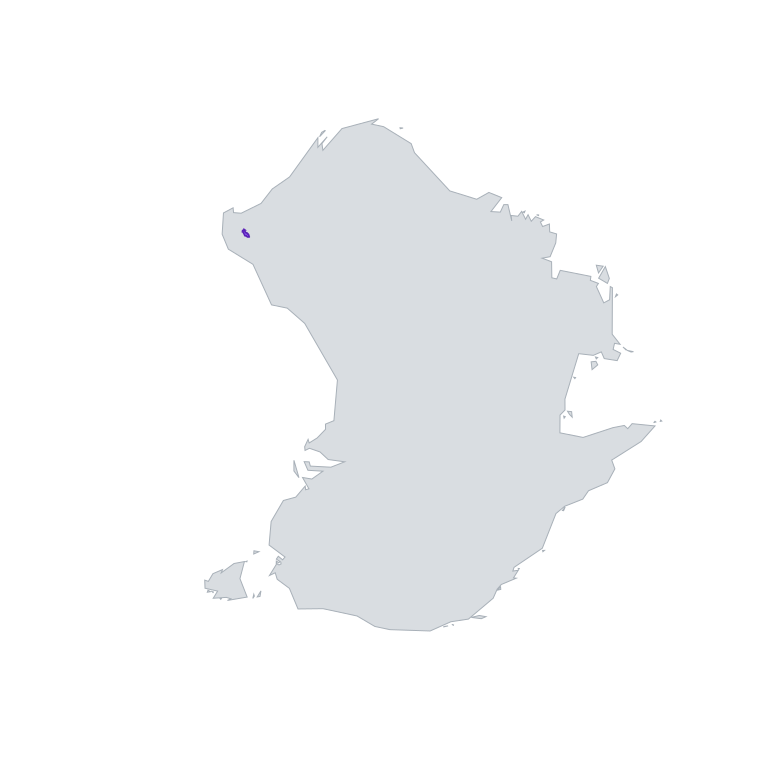 Woodanilling, Western Australia, Australia (highlighted), rotated 64°
{"feature_id": "25037944B81892326519969", "entity_name": "Woodanilling", "entity_type": "district", "adm_level": 2, "iso_a3": "AUS", "parent_name": "Australia", "parent_adm1": "Western Australia", "projection": "orthographic", "projection_center": [117.181, -33.52], "detail": "fine", "context": "in_parent", "style": "filled", "palette": "violet", "viewbox_px": 768, "rotation_deg": 64, "n_neighbors": 0, "source": "geoboundaries", "source_scale": "gbopen_adm2", "svg_char_len": 5198}
<svg xmlns="http://www.w3.org/2000/svg" viewBox="0 0 768 768"><g transform="rotate(64 384 384)"><path d="M548.4,178.1L552.2,212.7L561.5,213.7L570.6,226.4L569.6,247.0L574.6,255.8L573.1,275.1L575.8,286.2L601.0,313.7L605.8,347.5L608.6,350.2L610.3,345.0L615.0,352.6L616.5,350.3L615.6,366.4L618.0,372.2L624.4,379.8L632.3,411.2L627.0,428.1L626.2,450.8L607.3,486.5L597.9,498.5L580.7,509.9L559.2,537.3L548.5,559.9L526.2,558.6L512.7,565.6L506.0,564.5L505.9,570.9L498.6,559.3L500.6,557.7L500.6,555.4L498.8,554.8L494.2,557.5L492.5,554.5L497.6,552.2L496.1,548.8L478.4,557.9L458.1,545.7L444.6,525.5L447.0,512.9L441.2,499.6L444.7,500.8L445.3,497.4L432.3,498.2L437.8,490.5L435.6,477.1L428.2,490.2L418.8,489.8L421.2,485.4L425.5,486.2L435.5,468.2L436.7,453.4L427.4,467.3L417.0,471.3L409.1,479.2L409.1,484.1L405.6,482.8L400.5,476.5L404.2,477.1L403.2,467.7L399.1,456.4L394.4,454.2L395.0,445.1L360.0,424.1L294.8,428.7L273.4,437.7L263.6,450.4L219.0,449.3L194.6,464.8L178.4,463.8L159.9,453.3L159.5,442.4L164.0,444.1L167.9,437.5L167.8,415.4L159.7,398.9L156.5,378.1L133.6,335.4L142.3,339.7L136.9,326.7L140.7,334.4L147.2,336.5L136.0,309.8L143.2,272.6L145.0,281.2L152.6,271.5L179.9,254.2L189.5,255.2L239.3,240.2L258.6,219.7L257.8,205.8L268.1,196.5L275.9,212.3L280.5,204.1L275.3,197.7L277.1,194.0L293.4,197.7L288.3,195.8L291.9,190.1L289.2,184.6L298.0,184.5L295.0,180.3L302.3,180.3L300.0,174.5L306.6,168.6L306.9,172.4L312.0,172.4L312.7,165.2L319.9,168.4L324.8,163.1L332.5,167.8L342.4,178.9L340.2,186.8L347.6,179.8L362.1,186.6L365.3,182.7L359.1,175.8L378.0,150.9L381.3,153.1L387.6,147.2L389.5,150.4L407.4,150.9L407.2,144.3L395.6,137.9L397.6,136.5L439.3,157.1L451.8,154.4L448.5,159.0L453.4,162.9L460.1,157.8L465.2,164.2L457.7,174.9L450.4,174.6L450.0,183.3L442.1,195.7L476.9,228.0L486.7,232.7L489.1,239.4L505.0,247.3L519.3,228.5L523.6,197.4L526.6,186.2L531.0,184.5L528.4,178.4L540.5,158.8L548.4,178.1ZM482.4,587.3L495.8,598.8L515.5,600.4L509.9,619.6L509.9,615.8L506.7,619.2L501.7,631.4L497.2,624.3L489.1,634.4L481.7,631.1L484.4,628.4L479.5,620.9L480.0,610.5L482.4,613.1L479.6,597.5L482.4,587.3ZM375.5,133.6L387.9,135.2L391.5,139.1L383.0,144.7L375.5,133.6ZM413.1,498.4L430.9,501.5L422.7,503.1L413.1,498.4ZM460.5,183.5L462.3,190.7L454.9,188.1L456.5,183.6L460.5,183.5ZM632.1,407.8L633.8,399.9L637.8,394.4L637.6,399.4L632.1,407.8ZM516.0,585.3L520.6,588.6L519.8,591.3L516.0,585.3ZM374.2,135.4L378.2,142.5L370.3,141.1L374.2,135.4ZM479.7,575.6L476.9,574.0L479.9,569.9L479.7,575.6ZM496.3,229.4L492.6,230.6L488.9,231.0L491.1,227.5L496.3,229.4ZM133.5,333.5L130.5,329.7L130.2,326.0L130.6,325.8L133.5,333.5ZM517.8,593.5L519.2,595.9L515.9,593.2L517.8,593.5ZM617.5,368.2L619.8,369.1L619.0,372.5L617.5,368.2ZM574.0,275.1L576.6,278.1L575.9,279.1L574.0,275.1ZM494.6,631.0L493.7,634.1L492.2,632.6L494.6,631.0ZM629.5,432.4L628.5,436.7L628.2,436.5L629.5,432.4ZM407.0,137.7L405.0,135.6L406.4,134.9L407.0,137.7ZM463.6,147.9L460.4,150.7L464.3,145.6L463.6,147.9ZM631.3,427.4L629.8,428.4L631.0,427.1L631.3,427.4ZM462.8,210.1L461.1,210.5L462.2,209.0L462.8,210.1ZM454.5,182.2L452.4,182.1L453.9,180.3L454.5,182.2ZM162.3,254.6L161.7,257.5L160.7,257.3L162.3,254.6ZM537.3,156.3L537.0,158.6L536.3,156.8L537.3,156.3ZM498.5,555.9L498.4,557.5L498.0,556.9L498.5,555.9ZM459.6,151.5L455.5,153.0L459.8,150.9L459.6,151.5ZM300.4,171.2L298.8,172.7L299.8,170.9L300.4,171.2ZM496.5,629.1L495.3,629.4L496.2,628.5L496.5,629.1ZM493.7,237.1L491.6,236.6L492.8,235.4L493.7,237.1ZM291.6,182.8L290.4,183.7L290.4,181.5L291.6,182.8ZM506.0,625.1L504.4,625.5L505.4,624.0L506.0,625.1ZM539.1,150.6L538.7,152.1L537.7,151.1L539.1,150.6ZM497.1,557.7L498.0,559.5L495.9,558.4L497.1,557.7ZM604.4,314.7L603.1,314.4L603.9,312.7L604.4,314.7ZM609.3,344.4L608.6,344.2L609.4,342.9L609.3,344.4ZM483.7,585.2L483.0,586.2L483.1,584.7L483.7,585.2Z" fill="#d9dde1" stroke="#a8b0b8" stroke-width="1"/><path d="M191.9,440.4L191.9,440.5L191.7,440.5L191.7,440.4L191.7,440.5L191.3,440.5L191.2,440.5L190.9,440.5L190.9,440.4L190.7,440.3L190.7,440.2L190.3,440.2L190.1,440.2L190.1,440.3L190.1,440.2L189.9,440.2L189.9,440.4L189.8,440.5L189.7,440.5L189.3,440.7L189.3,440.8L189.3,440.7L189.1,440.7L189.1,440.9L188.9,440.9L188.9,441.0L188.5,441.0L188.5,440.9L188.2,440.9L188.2,441.0L187.9,441.2L187.9,441.3L187.7,441.4L187.8,441.4L187.8,441.5L187.5,441.5L187.4,441.6L187.3,442.0L187.2,442.0L186.8,442.0L186.7,442.0L186.4,442.0L186.2,442.0L185.8,442.1L185.7,442.1L185.3,442.0L185.3,441.8L185.2,441.9L185.0,442.0L184.8,442.0L184.8,441.9L184.7,441.8L184.7,441.7L184.7,441.8L184.4,441.9L184.4,442.0L184.2,442.0L184.2,441.9L184.1,442.0L184.1,441.9L183.9,441.9L184.0,442.5L183.9,442.5L184.0,442.6L184.0,443.1L184.0,443.7L184.0,443.8L185.3,443.8L185.3,444.0L185.4,443.9L185.6,443.9L185.8,443.9L185.8,444.0L185.9,443.9L186.0,444.0L186.5,443.9L186.8,443.9L186.8,444.1L187.0,444.1L187.3,444.1L187.5,444.1L187.8,444.0L189.0,444.1L189.4,444.1L189.4,443.8L189.8,443.8L189.8,443.7L190.0,443.5L190.1,443.4L190.4,443.3L190.4,443.2L190.4,442.8L191.1,442.8L191.1,442.7L191.3,442.5L191.3,442.4L191.5,442.3L191.7,442.2L191.8,442.2L192.0,442.2L192.1,441.9L192.1,441.6L192.3,441.6L192.3,441.4L192.5,441.4L192.7,440.9L192.4,440.9L192.3,440.6L192.1,440.6L192.1,440.4L191.9,440.4Z" fill="#8b5cf6" stroke="#5b21b6" stroke-width="1.5"/></g></svg>